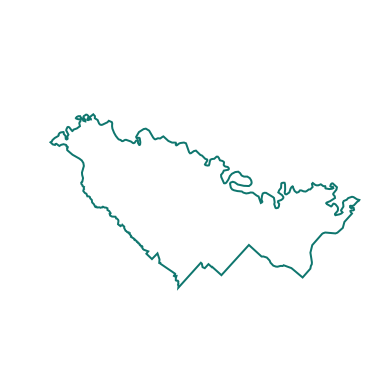 the district of Manningham, Victoria, Australia, rotated 34°
{"feature_id": "25037944B66764167138958", "entity_name": "Manningham", "entity_type": "district", "adm_level": 2, "iso_a3": "AUS", "parent_name": "Australia", "parent_adm1": "Victoria", "projection": "natural_earth1", "projection_center": [145.177, -37.757], "detail": "fine", "context": "isolated", "style": "outline", "palette": "teal", "viewbox_px": 384, "rotation_deg": 34, "n_neighbors": 0, "source": "geoboundaries", "source_scale": "gbopen_adm2", "svg_char_len": 6042}
<svg xmlns="http://www.w3.org/2000/svg" viewBox="0 0 384 384"><g transform="rotate(34 192 192)"><path d="M46.9,229.9L50.0,230.4L52.1,229.6L52.0,228.5L52.6,227.9L56.3,228.0L57.1,226.1L58.8,224.2L61.2,223.4L61.9,223.6L62.4,224.3L62.9,224.1L63.4,224.6L63.9,224.3L64.2,224.8L64.1,225.8L65.2,227.1L72.1,227.9L80.0,227.3L83.0,227.5L85.7,228.7L87.8,230.9L89.9,237.4L91.4,239.3L93.9,241.4L95.3,244.8L95.3,245.2L95.0,245.4L95.0,246.3L96.0,247.3L97.3,247.6L97.9,248.2L99.7,248.2L99.9,249.2L100.9,249.9L100.9,251.2L101.4,252.0L103.8,252.7L105.4,252.5L107.7,254.1L108.9,253.3L110.2,253.3L111.2,254.2L113.3,254.6L115.1,256.5L117.5,257.0L119.8,258.3L120.2,257.9L120.8,258.3L121.3,258.1L121.3,257.7L122.3,257.7L123.8,256.5L125.0,256.2L125.6,255.3L126.1,255.1L126.4,254.0L128.1,253.8L129.5,253.0L131.0,252.8L132.0,254.2L134.0,254.1L136.4,255.1L136.4,256.0L136.1,256.3L137.4,257.3L139.4,257.1L142.4,255.3L143.9,256.3L144.4,256.0L146.4,256.4L147.2,257.1L148.7,260.1L151.1,260.3L151.4,259.8L151.8,260.0L151.9,259.6L152.6,259.1L152.8,258.8L152.7,258.3L153.4,258.5L153.8,258.3L155.3,258.7L155.8,259.7L158.7,261.3L159.3,261.1L160.6,261.5L162.0,260.9L162.4,261.5L163.5,261.0L163.9,261.9L165.9,262.3L166.1,262.8L166.7,262.9L166.7,263.3L169.6,263.1L170.8,263.7L171.0,263.3L171.5,263.4L171.9,263.8L173.2,263.5L174.2,264.2L175.1,263.9L176.0,264.5L176.6,264.2L178.1,265.0L178.4,264.7L179.1,265.2L180.6,264.9L180.7,265.5L181.6,265.3L182.0,266.1L183.3,266.7L184.3,266.8L188.9,265.7L188.7,268.7L196.3,270.0L197.7,262.2L202.7,266.0L204.5,269.1L205.4,268.6L205.7,269.1L223.8,269.2L224.3,270.0L223.8,271.2L223.9,271.7L224.8,271.7L226.1,270.4L226.8,272.5L227.9,274.2L228.5,274.3L229.8,273.5L230.7,273.8L231.4,275.1L232.0,275.6L232.3,276.8L233.4,277.4L234.2,279.0L238.9,245.7L240.2,245.9L242.8,248.4L245.2,248.0L246.0,242.6L250.6,243.2L250.7,242.8L262.9,244.5L268.8,204.1L285.8,206.6L287.3,205.5L290.7,204.5L294.7,205.4L296.6,206.7L300.6,207.6L303.3,206.9L304.7,206.1L306.7,203.8L308.6,202.6L308.9,201.5L317.0,199.5L331.5,201.0L333.0,189.4L331.9,186.8L331.7,184.9L330.7,183.2L324.1,176.1L321.4,168.8L323.3,153.9L323.8,152.8L325.1,151.1L334.1,146.1L335.3,144.4L337.1,137.4L335.1,131.6L336.7,120.4L334.4,119.7L333.9,119.1L334.4,118.2L336.0,117.0L336.3,116.1L334.9,114.8L334.0,115.2L333.2,116.2L332.4,116.4L331.5,116.2L330.9,115.2L331.3,114.6L332.6,114.1L333.7,112.4L334.4,107.9L335.3,105.6L335.2,105.0L332.9,105.8L328.8,105.9L327.3,106.5L325.2,109.3L324.8,110.0L324.6,111.9L322.8,114.6L323.1,116.4L324.7,118.1L325.7,119.5L325.8,123.8L326.5,124.3L328.2,124.7L327.9,126.2L326.7,128.1L323.9,131.0L323.2,130.8L322.8,130.1L323.3,126.6L323.1,125.4L322.0,123.7L320.9,122.9L317.8,122.0L316.1,122.3L315.7,122.8L315.7,125.5L315.4,126.2L310.5,126.6L309.5,126.2L309.6,125.4L311.6,122.4L313.9,117.0L312.7,115.7L310.5,115.1L310.0,114.3L310.4,109.3L309.5,107.0L303.9,106.2L303.3,106.5L302.9,107.4L303.0,108.8L303.5,109.9L304.4,109.9L305.9,108.9L307.0,109.8L306.2,111.1L304.2,112.8L300.8,114.3L300.3,114.1L299.8,113.2L299.2,112.7L297.6,113.7L294.5,113.6L293.0,115.8L291.8,116.7L290.3,117.2L287.1,117.0L286.9,118.2L289.2,120.4L288.6,123.7L287.4,124.6L286.5,127.2L285.8,128.2L284.0,129.1L281.9,129.5L280.6,130.3L280.4,132.4L279.2,134.0L276.6,133.8L273.7,132.1L272.7,131.1L272.2,131.1L271.8,132.1L271.8,133.9L272.9,137.9L271.8,140.8L271.3,141.4L270.2,141.5L269.3,140.8L267.8,137.8L264.9,133.7L263.6,132.6L262.4,133.3L261.5,134.3L261.3,135.0L263.5,138.8L263.3,142.0L263.8,144.1L268.3,144.2L270.3,144.9L271.0,145.7L271.0,147.1L270.4,148.8L268.5,151.3L268.9,152.3L271.0,153.2L272.1,155.4L272.1,157.1L270.8,158.4L270.0,158.4L267.0,156.1L266.2,154.2L263.3,151.1L262.2,150.9L253.9,151.3L252.4,152.2L251.5,153.7L252.2,156.0L253.7,159.2L255.8,160.8L255.7,161.7L255.2,162.6L249.7,158.5L247.6,158.8L242.8,158.5L240.9,159.6L239.5,161.3L237.7,162.9L234.9,163.8L233.0,163.7L229.2,165.8L225.8,167.1L223.8,167.4L221.7,166.6L218.9,163.9L218.7,162.7L220.1,160.7L222.1,160.1L225.7,160.2L231.5,157.9L235.9,155.2L236.6,153.0L236.6,151.8L236.0,150.6L234.6,149.3L232.2,148.2L229.3,148.3L226.6,150.1L224.8,150.5L223.7,150.5L221.4,149.5L219.0,149.3L216.7,151.3L214.9,154.6L214.5,157.6L215.2,161.3L215.2,165.2L214.5,166.4L213.6,166.8L207.8,163.2L206.5,161.5L206.8,158.8L206.4,156.5L209.6,153.3L209.7,152.4L209.2,151.7L207.6,151.3L205.5,152.2L204.4,152.3L203.1,151.8L202.1,149.7L201.4,149.2L199.7,149.3L197.4,150.1L195.1,148.7L193.6,148.3L192.6,149.0L191.9,152.0L190.2,153.4L189.2,154.9L189.8,157.0L190.9,159.4L191.1,160.5L190.1,161.4L188.1,162.2L187.3,161.9L187.1,157.3L186.4,156.6L184.4,157.1L180.0,156.2L178.2,156.6L172.1,155.5L170.7,157.0L169.5,160.3L168.8,161.0L167.3,160.6L159.8,155.0L157.7,155.5L155.2,157.7L154.3,158.8L153.4,161.5L152.9,162.1L152.1,161.9L151.8,160.8L150.9,160.2L147.8,162.2L143.9,162.9L137.2,161.9L136.8,162.5L135.7,165.4L133.7,166.5L132.3,168.7L131.4,169.1L129.4,168.6L122.2,165.1L118.3,165.3L116.7,166.9L114.5,172.0L114.9,177.6L115.9,178.2L117.7,176.7L118.6,176.7L121.3,179.6L122.3,181.4L122.3,182.3L121.9,182.5L119.9,181.6L118.3,179.5L117.9,179.3L117.0,180.6L116.9,183.2L116.4,184.1L115.7,184.4L113.1,184.3L108.2,185.6L107.4,186.2L106.2,188.5L105.4,189.0L103.6,188.8L102.3,189.3L100.9,189.2L97.5,188.1L94.3,186.5L90.6,184.0L88.9,182.1L87.4,179.6L86.4,178.9L83.2,179.5L82.9,181.5L80.1,186.3L79.3,187.1L78.2,187.5L76.7,187.2L73.5,185.1L70.2,185.2L69.1,183.4L66.7,182.8L65.4,187.0L65.9,187.9L67.1,187.9L67.5,188.3L67.1,188.5L65.7,190.5L65.2,190.7L64.6,190.2L64.3,187.9L63.8,187.1L62.9,186.8L61.7,186.7L60.9,187.1L59.9,189.6L60.0,190.4L61.1,191.2L63.5,192.0L64.1,193.1L62.0,193.7L60.5,192.6L58.4,192.5L56.9,191.7L55.4,192.7L54.5,194.2L54.4,195.7L55.0,195.9L57.0,195.3L58.8,194.1L59.3,194.2L60.0,196.0L59.8,196.9L60.1,198.0L62.3,200.1L61.0,203.7L59.0,206.4L58.8,208.3L58.3,208.4L54.1,207.0L52.9,207.3L52.5,207.9L52.8,210.1L53.2,211.2L57.5,213.6L57.6,215.8L59.1,217.4L59.1,217.9L58.6,218.6L57.7,218.6L55.7,216.2L53.3,215.6L52.2,214.2L51.8,214.2L50.0,215.9L49.3,217.0L49.2,218.8L49.8,219.6L49.8,220.3L48.0,224.0L47.3,226.9L47.5,228.5L46.9,229.9Z" fill="none" stroke="#0f766e" stroke-width="2"/></g></svg>